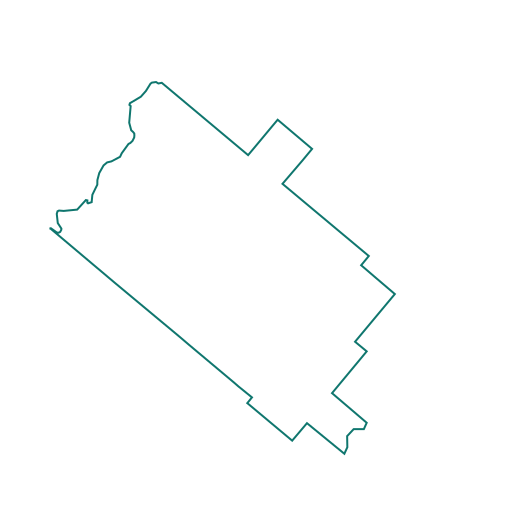 the district of Calcasieu, Louisiana, United States of America, rotated 40°
{"feature_id": "52423323B60189599793984", "entity_name": "Calcasieu", "entity_type": "district", "adm_level": 2, "iso_a3": "USA", "parent_name": "United States of America", "parent_adm1": "Louisiana", "projection": "robinson", "projection_center": [-93.51, 30.264], "detail": "fine", "context": "isolated", "style": "outline", "palette": "teal", "viewbox_px": 512, "rotation_deg": 40, "n_neighbors": 0, "source": "geoboundaries", "source_scale": "gbopen_adm2", "svg_char_len": 1075}
<svg xmlns="http://www.w3.org/2000/svg" viewBox="0 0 512 512"><g transform="rotate(40 256 256)"><path d="M72.5,183.9L70.3,186.6L67.6,187.0L64.8,190.1L64.4,191.8L65.6,200.4L65.4,208.0L61.2,220.0L61.9,221.6L63.6,221.7L73.2,235.4L79.6,239.9L82.1,240.0L84.0,240.4L85.4,241.9L86.5,243.5L87.4,247.2L87.1,250.2L86.3,252.1L87.1,263.6L87.9,266.6L88.1,267.4L84.4,276.5L81.8,280.0L81.0,284.6L82.6,293.2L85.7,299.8L88.6,303.4L89.6,307.5L91.3,314.3L95.5,320.4L93.5,323.6L92.5,323.6L91.1,321.8L89.7,322.5L89.2,335.4L79.7,345.1L75.9,347.8L75.2,349.3L76.3,351.8L83.0,358.2L89.3,360.1L90.0,361.1L90.5,363.4L89.9,364.9L88.5,366.0L81.0,366.6L80.2,367.6L81.1,367.1L165.4,367.3L249.2,367.0L262.2,367.1L321.4,367.1L326.2,367.2L343.8,366.9L343.9,374.3L402.4,374.2L402.5,351.3L450.8,350.7L448.9,343.8L441.6,335.4L442.1,325.9L449.9,319.3L448.0,312.6L402.4,312.2L402.1,257.9L387.0,258.0L386.8,195.9L361.8,195.7L342.5,195.5L342.5,193.0L342.4,183.5L229.9,183.7L230.2,153.3L230.1,137.9L185.0,137.7L185.0,145.6L185.1,173.9L185.1,183.8L72.5,183.9Z" fill="none" stroke="#0f766e" stroke-width="2"/></g></svg>